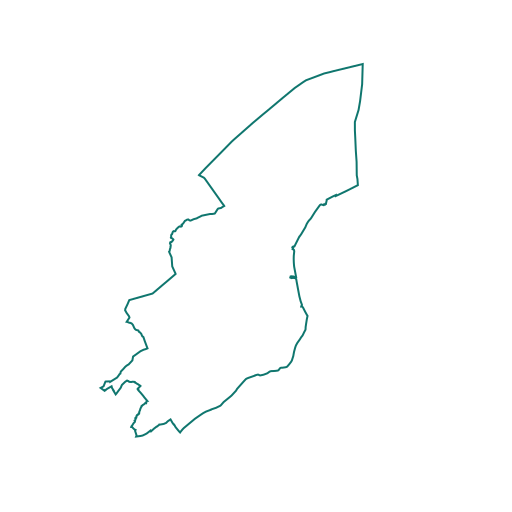 Leusden, Utrecht, Netherlands, rotated 131°
{"feature_id": "6326949B9331427196027", "entity_name": "Leusden", "entity_type": "district", "adm_level": 2, "iso_a3": "NLD", "parent_name": "Netherlands", "parent_adm1": "Utrecht", "projection": "equal_earth", "projection_center": [5.449, 52.125], "detail": "fine", "context": "isolated", "style": "outline", "palette": "teal", "viewbox_px": 512, "rotation_deg": 131, "n_neighbors": 0, "source": "geoboundaries", "source_scale": "gbopen_adm2", "svg_char_len": 5951}
<svg xmlns="http://www.w3.org/2000/svg" viewBox="0 0 512 512"><g transform="rotate(131 256 256)"><path d="M401.7,189.2L401.6,189.3L400.6,188.8L397.7,187.1L397.1,186.7L392.4,184.7L391.7,184.6L387.4,184.6L379.4,183.2L377.4,182.9L370.8,182.7L369.2,183.0L368.6,183.1L359.2,183.0L355.6,182.9L354.6,182.6L353.0,181.8L346.9,178.3L346.7,178.4L345.3,177.5L344.2,176.7L343.9,176.0L343.7,175.1L343.3,174.4L340.6,172.4L339.5,171.8L337.3,170.6L336.3,170.3L334.4,169.9L333.3,169.3L332.6,168.7L331.7,167.7L329.9,165.9L328.3,164.5L327.8,164.2L327.3,164.1L325.4,164.2L324.7,164.2L324.2,164.0L323.5,163.4L323.0,162.8L321.4,161.4L320.3,160.5L319.4,160.0L318.9,159.9L316.1,159.9L312.7,160.1L311.3,160.4L307.1,162.2L303.4,164.4L299.7,166.2L298.3,166.8L297.2,167.2L294.4,167.8L290.2,168.2L287.7,168.6L285.5,168.7L284.3,169.0L283.6,169.2L281.8,169.7L279.5,170.2L278.7,170.6L277.1,171.9L274.3,173.7L270.3,176.2L267.4,177.8L267.0,179.1L265.8,182.4L264.0,186.8L263.9,188.1L264.5,188.7L264.2,188.9L263.7,188.6L262.7,189.3L260.8,192.7L257.9,196.9L253.0,203.1L251.4,205.1L249.1,208.0L247.2,210.3L247.0,211.1L247.0,211.9L248.2,213.7L249.4,214.7L249.6,215.0L249.3,215.9L249.5,216.1L248.8,216.4L248.7,216.2L248.1,216.0L247.2,214.7L247.5,214.6L245.6,211.9L239.1,220.1L237.8,221.5L236.1,223.2L233.4,225.7L231.1,227.6L227.4,230.2L226.9,230.8L226.5,231.4L226.5,232.4L226.8,232.7L226.8,233.0L225.9,233.1L225.6,233.3L225.5,233.5L225.5,234.3L224.9,234.3L224.7,233.9L224.4,233.7L224.1,233.7L223.7,233.7L223.5,233.3L213.0,236.0L212.9,235.9L209.9,236.2L202.0,237.6L198.7,238.7L196.6,239.1L194.6,239.3L192.1,239.2L191.0,239.3L184.0,240.4L176.3,241.1L175.4,241.1L174.6,240.8L174.3,240.6L173.3,238.4L172.6,238.6L172.2,237.7L171.3,238.0L170.8,237.4L169.8,238.0L167.9,239.0L167.1,239.6L160.7,237.1L157.6,235.7L158.3,235.1L155.6,233.9L146.8,230.1L135.7,225.6L131.4,229.9L129.0,232.9L119.0,241.8L111.2,249.6L101.4,258.9L96.4,263.7L90.0,269.3L78.5,274.4L70.9,279.0L56.7,288.6L41.1,301.4L65.5,318.7L68.9,321.0L73.5,324.3L90.5,333.5L93.9,334.5L103.8,337.0L119.4,339.6L139.6,342.8L144.8,343.7L157.6,345.7L183.0,349.1L185.8,349.4L199.3,350.2L222.8,351.7L232.4,352.1L232.4,351.8L232.2,351.2L231.1,346.8L231.1,346.4L231.2,345.4L237.0,321.5L238.1,317.2L238.9,313.4L239.1,312.8L241.4,313.6L242.5,313.8L243.5,314.5L244.6,315.4L245.2,315.7L245.9,315.7L250.6,315.0L251.1,315.0L253.0,316.6L254.4,318.2L261.2,323.4L261.5,323.5L262.4,323.8L265.9,325.3L266.2,325.3L266.6,325.5L268.8,327.0L270.0,327.6L271.2,328.1L272.3,328.7L272.6,329.2L272.8,329.9L272.8,331.0L273.3,331.5L274.1,332.0L275.3,332.3L276.1,332.7L279.3,332.3L280.6,332.5L281.2,332.7L281.4,332.6L281.5,332.4L281.5,332.0L281.7,331.7L282.2,331.6L282.5,331.6L283.2,332.0L283.7,333.0L284.3,333.3L285.3,333.5L287.6,333.7L288.8,333.6L290.1,333.2L290.6,333.4L291.3,334.5L292.0,334.6L292.4,334.6L293.0,334.4L294.2,333.8L294.6,333.7L295.2,333.9L295.6,333.8L296.3,333.4L297.3,332.5L298.0,332.3L298.1,332.1L297.7,330.8L297.7,330.3L297.7,329.4L297.8,329.1L299.0,328.9L300.6,329.0L301.0,328.9L301.4,329.4L301.7,329.7L302.1,329.6L302.8,329.3L302.9,329.1L303.4,328.2L303.7,327.5L304.6,326.8L305.2,326.6L305.9,325.9L307.2,325.5L308.8,324.5L309.3,324.4L309.8,324.4L310.3,323.4L312.4,318.8L318.8,312.4L320.0,309.8L322.1,305.2L322.3,304.9L331.1,306.2L339.4,307.5L352.0,309.4L352.3,309.5L372.4,322.7L374.3,322.1L376.4,321.4L381.8,319.9L382.5,319.3L382.9,319.1L383.0,318.9L383.0,318.6L383.8,316.5L384.7,312.6L385.0,311.9L385.5,311.1L390.5,310.4L390.2,309.9L389.5,307.8L389.0,307.2L388.9,306.6L388.6,306.1L388.5,305.5L388.7,304.0L388.8,303.6L390.2,300.6L390.5,299.4L390.5,298.3L390.4,297.9L390.1,297.3L389.4,295.9L390.0,294.6L389.8,293.9L389.8,293.5L390.0,291.6L390.9,289.8L391.1,289.4L391.2,288.9L391.0,288.4L391.0,287.9L391.2,287.5L393.1,284.3L396.9,277.3L398.7,278.2L400.4,279.3L403.6,280.7L410.5,282.3L412.5,282.8L415.6,281.0L415.9,280.8L421.6,281.0L422.4,281.4L424.1,281.8L425.5,282.0L428.3,282.0L431.9,282.2L432.8,281.8L433.7,281.2L434.8,281.5L435.9,281.3L438.9,281.1L446.7,283.5L446.4,283.9L449.1,286.9L449.5,287.2L450.0,287.1L454.2,285.6L454.8,285.7L457.5,286.7L457.1,282.0L456.3,282.1L456.1,281.5L455.1,281.5L453.6,281.1L449.1,279.5L450.1,278.0L450.9,275.3L451.1,275.4L452.5,271.1L451.4,271.1L448.0,271.4L444.7,271.6L443.7,271.8L442.0,272.4L441.2,272.6L436.8,272.2L434.6,271.6L434.4,270.7L434.2,270.5L434.1,270.1L434.2,269.9L434.2,269.7L434.1,269.1L433.0,267.5L432.4,267.1L431.8,266.6L430.7,265.1L430.6,264.6L430.9,264.4L430.6,263.2L430.4,261.6L430.2,261.0L430.1,259.7L429.9,259.1L430.0,258.2L429.9,258.1L429.9,257.9L430.0,257.9L431.1,258.0L433.6,258.2L433.7,257.5L434.3,257.6L434.6,256.2L434.9,253.4L435.5,249.6L435.8,248.2L436.0,247.4L436.1,246.6L436.7,243.0L436.9,243.2L437.0,243.2L437.6,243.2L438.8,242.5L439.2,242.3L439.4,242.6L439.2,243.0L439.4,243.1L440.6,243.1L442.0,243.4L442.7,243.7L443.2,243.7L444.2,244.0L444.4,243.9L444.4,243.7L444.5,243.6L445.6,243.5L446.2,243.3L447.0,243.1L448.7,242.3L449.9,242.0L450.9,241.3L451.2,241.3L451.7,241.3L451.7,241.2L451.8,240.8L452.2,240.8L452.8,240.8L454.1,241.4L454.4,241.1L454.5,241.1L455.4,241.2L456.1,240.5L456.7,240.2L456.9,240.2L457.1,240.7L457.3,240.8L457.5,240.7L457.4,240.4L457.4,240.2L459.2,239.4L459.4,239.4L459.8,239.6L460.0,239.1L460.4,238.7L460.6,238.6L462.4,238.7L464.4,238.4L465.1,238.2L465.8,238.3L466.4,238.2L466.9,238.0L466.7,237.7L466.4,237.1L466.6,235.2L466.6,233.8L466.5,233.1L466.4,233.1L466.3,232.8L467.3,232.5L469.8,228.4L470.9,228.0L467.5,225.0L465.9,223.8L462.9,222.5L461.5,222.0L456.9,221.1L457.2,220.2L453.0,219.7L451.1,219.3L450.4,219.2L450.0,219.1L449.9,218.9L446.9,218.3L446.6,218.4L445.8,217.5L443.7,215.8L443.0,215.3L442.5,215.1L441.1,214.4L440.8,214.3L438.9,214.2L438.0,214.0L435.4,213.3L436.7,209.6L436.9,208.8L437.1,207.9L436.9,207.9L436.9,207.7L437.0,207.0L437.3,206.0L437.7,205.2L438.0,204.0L438.6,200.6L439.0,197.8L439.0,197.5L438.2,197.6L435.1,197.7L433.2,197.6L418.9,195.3L411.5,193.4L409.0,192.7L406.1,191.6L401.7,189.2Z" fill="none" stroke="#0f766e" stroke-width="2"/></g></svg>